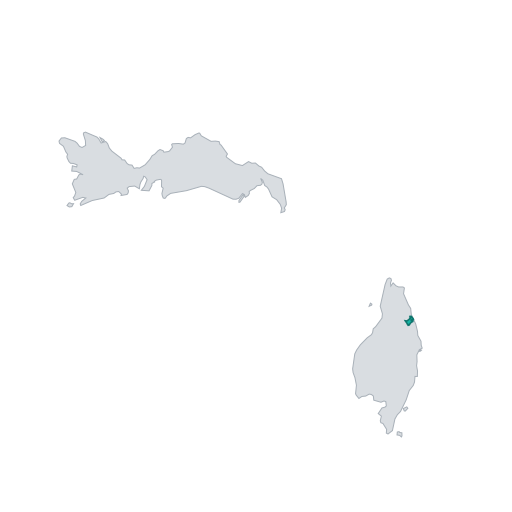 Jasin, Melaka, Malaysia shown in context, rotated 218°
{"feature_id": "92858781B12493975333595", "entity_name": "Jasin", "entity_type": "district", "adm_level": 2, "iso_a3": "MYS", "parent_name": "Malaysia", "parent_adm1": "Melaka", "projection": "orthographic", "projection_center": [102.436, 2.295], "detail": "fine", "context": "in_parent", "style": "filled", "palette": "teal", "viewbox_px": 512, "rotation_deg": 218, "n_neighbors": 0, "source": "geoboundaries", "source_scale": "gbopen_adm2", "svg_char_len": 5214}
<svg xmlns="http://www.w3.org/2000/svg" viewBox="0 0 512 512"><g transform="rotate(218 256 256)"><path d="M444.9,253.7L442.1,253.2L438.1,250.8L434.1,249.9L422.5,250.0L420.8,249.3L418.6,250.8L414.5,249.5L412.2,249.7L409.7,251.3L406.0,250.0L404.2,252.2L401.9,253.6L399.5,259.6L399.1,266.8L399.6,271.2L398.5,273.6L398.0,278.6L397.2,280.8L393.9,281.8L392.5,281.1L389.5,284.2L388.8,285.5L388.8,290.3L391.1,291.9L391.0,292.9L386.3,297.0L382.1,299.4L381.5,301.4L383.2,305.7L382.5,307.7L380.3,308.8L378.7,314.2L376.7,317.8L376.0,318.1L373.1,317.0L362.0,318.7L358.7,321.6L355.5,323.4L353.0,321.7L351.8,321.9L341.3,318.8L340.9,316.2L339.9,315.7L329.1,316.0L322.4,318.9L320.0,325.8L316.4,326.5L313.7,328.9L309.1,328.7L306.2,329.4L301.6,328.3L297.3,328.1L283.5,332.6L279.1,329.5L265.6,317.2L263.7,315.1L263.3,311.3L261.7,310.6L261.2,309.6L261.0,308.5L263.1,305.4L265.2,309.4L268.6,311.6L274.4,313.1L279.8,312.5L287.4,316.5L289.9,317.1L292.5,316.9L297.3,319.9L300.1,320.0L296.3,317.9L295.6,316.2L296.0,314.5L298.5,312.0L298.9,308.1L300.7,304.3L301.1,302.6L299.7,301.2L299.4,298.9L300.5,295.6L303.0,297.3L305.1,296.9L305.1,290.9L306.7,288.4L309.2,286.6L334.9,280.5L339.1,279.1L341.9,277.3L351.0,264.7L361.8,252.8L363.2,248.6L363.1,245.7L363.7,245.0L364.9,244.6L367.3,246.1L368.6,247.3L370.9,252.3L373.1,252.4L376.7,257.2L377.5,257.8L378.6,257.5L381.3,254.4L382.1,252.1L381.5,251.8L382.7,249.1L381.5,247.5L380.4,241.5L386.8,237.2L386.8,242.1L388.8,249.1L392.0,250.1L393.6,249.7L392.7,247.6L392.3,243.4L391.4,240.7L389.3,237.2L394.7,236.4L398.7,232.6L399.3,230.2L396.6,228.8L395.6,227.0L395.5,225.1L399.6,220.6L400.1,221.9L402.7,222.2L404.0,222.2L405.8,220.3L406.6,217.7L409.8,214.0L411.4,208.2L419.2,198.9L425.2,187.9L426.6,188.8L427.0,191.7L425.8,196.9L428.6,195.6L433.2,188.3L436.0,189.5L435.9,191.5L437.1,195.1L445.2,199.8L446.4,204.5L444.7,206.3L445.5,210.8L444.9,212.3L442.3,213.6L449.4,212.2L453.5,209.5L456.2,214.0L452.1,215.8L453.1,217.7L456.9,216.5L459.2,214.9L461.5,215.2L465.2,217.0L466.3,218.0L467.1,220.2L469.8,220.9L475.3,223.9L480.2,223.8L482.0,225.3L482.0,229.2L479.4,231.5L469.2,234.9L466.5,234.8L462.6,233.7L459.9,234.4L458.3,238.2L461.5,241.9L467.0,245.7L467.7,246.7L466.7,248.6L454.6,251.8L452.1,251.5L447.6,249.7L444.9,253.7ZM41.0,202.4L42.4,197.0L44.3,196.7L46.3,199.8L52.9,202.2L54.9,201.5L55.8,202.0L56.7,202.8L58.6,207.0L62.7,207.1L63.2,213.8L61.3,216.3L61.0,218.1L64.1,221.2L65.9,220.5L67.5,217.7L74.4,214.9L77.3,217.9L79.9,217.9L81.8,216.8L83.3,213.2L86.1,210.5L87.2,207.1L91.2,208.0L92.7,208.7L97.3,216.0L103.2,221.1L107.7,223.9L110.4,226.6L117.9,239.7L118.8,243.9L119.1,250.4L118.0,260.1L116.6,265.0L116.9,267.3L118.8,270.8L118.2,274.1L118.5,284.6L120.8,288.3L127.2,292.9L136.7,313.0L138.4,318.6L137.5,320.8L135.8,321.3L134.3,320.2L133.4,317.5L131.2,315.3L131.4,319.2L127.3,318.7L124.5,319.4L121.1,322.1L119.4,322.2L116.5,317.1L105.8,311.3L101.8,309.9L97.6,305.5L88.2,300.7L82.2,295.9L79.6,293.0L73.5,290.4L70.9,287.4L68.3,285.7L69.6,282.8L68.4,277.1L64.1,272.0L61.9,268.4L57.9,264.8L54.7,260.4L56.6,259.0L53.5,254.3L52.4,250.8L52.4,244.3L49.1,235.1L46.4,222.4L46.9,217.9L46.2,213.1L41.0,202.4ZM433.3,183.7L432.0,184.9L431.5,181.5L433.3,179.7L436.0,179.4L436.1,182.4L435.5,183.3L433.3,183.7ZM34.7,201.8L36.3,204.3L35.1,205.7L34.1,205.4L32.2,206.5L30.2,204.1L30.0,202.9L32.4,203.1L34.7,201.8ZM303.9,296.1L303.2,296.4L302.1,295.6L301.8,288.5L302.5,287.8L303.6,289.2L303.9,296.1ZM46.0,226.5L44.3,229.9L42.6,229.5L42.9,225.7L43.8,225.2L46.0,226.5ZM451.9,253.3L448.8,253.8L446.6,253.7L446.8,251.8L447.9,251.5L451.9,253.3ZM136.8,289.3L135.0,289.4L134.6,288.5L135.9,286.0L136.8,289.3ZM68.8,283.3L67.6,283.7L67.8,282.3L68.6,281.4L68.8,283.3Z" fill="#d9dde1" stroke="#a8b0b8" stroke-width="1"/><path d="M93.4,295.0L93.2,295.3L93.2,295.5L93.3,295.5L93.3,295.8L93.2,296.0L92.9,296.2L92.7,296.2L92.7,296.3L92.7,296.5L92.8,296.7L92.9,296.8L92.9,297.1L92.9,297.3L92.9,297.5L93.0,297.6L93.1,297.8L93.0,298.0L92.9,298.4L92.9,298.6L92.8,299.0L92.7,299.4L92.5,300.0L92.5,300.3L92.4,300.4L92.3,300.5L92.2,300.7L92.1,300.8L92.1,301.0L92.3,301.1L92.5,301.0L92.5,300.9L92.7,301.0L92.8,301.1L93.0,301.0L93.3,300.9L93.5,301.0L93.6,300.9L93.8,300.7L93.9,300.8L94.0,300.8L94.0,301.0L93.9,301.2L94.0,301.3L94.1,301.5L93.9,301.7L93.9,301.8L93.7,302.0L93.5,302.3L93.4,302.4L93.2,302.2L92.9,302.2L92.7,302.3L92.7,302.5L92.7,302.8L92.8,302.9L92.9,303.0L93.0,303.0L93.3,303.2L93.4,303.3L93.6,303.4L93.9,303.3L94.1,303.4L94.4,303.4L94.6,303.6L94.9,303.7L95.0,303.7L95.0,303.8L95.3,303.8L95.5,303.8L95.8,303.9L96.0,304.0L96.3,304.0L96.3,303.9L96.2,303.9L96.1,303.7L96.3,303.6L96.5,303.7L96.8,303.6L96.8,303.8L97.0,303.7L97.3,303.5L97.2,303.4L97.3,303.4L97.4,303.2L97.2,303.0L97.2,302.9L97.3,302.8L97.3,302.7L97.2,302.7L96.9,302.6L96.7,302.6L96.5,302.4L96.4,302.4L96.3,302.2L96.2,302.2L96.2,302.3L96.0,302.2L95.9,302.2L95.8,301.9L95.8,301.7L96.1,301.5L96.3,301.3L96.4,301.2L96.4,300.9L96.2,300.8L96.3,300.7L96.4,300.3L96.4,300.1L96.5,299.6L96.6,299.4L96.7,299.1L96.8,298.9L96.8,298.7L96.7,298.5L96.7,298.4L96.8,298.2L97.0,298.1L97.1,297.9L97.3,297.7L97.3,297.4L97.6,297.2L97.8,297.2L98.0,297.2L98.7,296.8L98.5,296.7L98.0,296.7L96.7,296.2L94.8,295.8L94.9,295.5L93.4,295.0Z" fill="#14b8a6" stroke="#0f766e" stroke-width="1.5"/></g></svg>